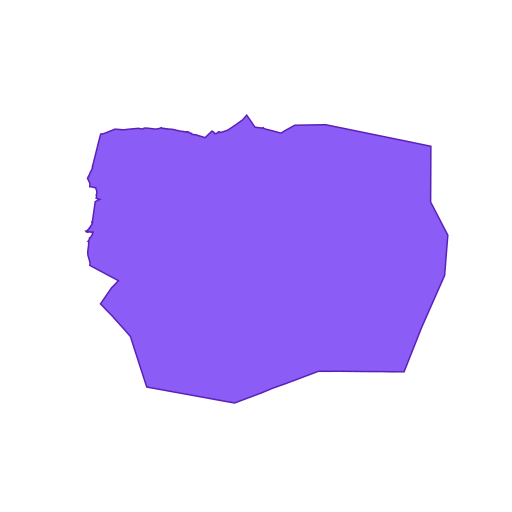 Snåase sma 1, Nord-Trøndelag, Norway, rotated 18°
{"feature_id": "86288312B29366905893457", "entity_name": "Snåase sma 1", "entity_type": "district", "adm_level": 2, "iso_a3": "NOR", "parent_name": "Norway", "parent_adm1": "Nord-Trøndelag", "projection": "orthographic", "projection_center": [12.115, 64.195], "detail": "fine", "context": "isolated", "style": "filled", "palette": "violet", "viewbox_px": 512, "rotation_deg": 18, "n_neighbors": 0, "source": "geoboundaries", "source_scale": "gbopen_adm2", "svg_char_len": 4711}
<svg xmlns="http://www.w3.org/2000/svg" viewBox="0 0 512 512"><g transform="rotate(18 256 256)"><path d="M281.1,402.4L304.7,383.5L312.2,377.0L324.4,367.6L350.9,346.4L359.5,343.6L371.4,339.7L396.6,331.8L411.9,326.9L417.9,325.1L432.6,320.4L435.6,272.8L441.4,216.2L432.0,176.9L405.4,150.7L388.4,97.6L339.3,103.1L281.7,109.6L252.6,119.6L250.9,121.3L245.4,127.2L243.4,129.5L241.8,131.3L240.4,131.5L237.7,131.6L228.7,132.1L226.7,132.3L225.6,132.3L224.1,132.4L223.5,131.8L223.1,131.7L222.7,132.2L222.5,132.4L220.5,132.8L215.2,133.8L210.7,130.3L203.6,124.9L201.7,129.5L201.0,131.0L200.0,132.2L199.4,133.1L196.4,137.2L195.9,137.8L190.2,145.1L184.2,149.5L184.2,149.4L183.4,149.3L183.1,149.1L182.3,149.4L181.7,149.8L181.6,150.0L181.5,150.3L181.3,150.4L181.2,150.6L181.3,150.8L181.2,151.0L180.9,151.4L180.7,151.6L180.4,151.8L179.9,151.9L179.3,152.2L178.8,152.4L178.7,152.3L178.4,152.0L178.4,151.8L177.9,151.6L177.7,151.4L177.3,151.2L177.2,151.1L175.5,150.8L171.0,159.2L166.6,159.2L165.5,159.3L161.3,159.3L157.6,160.1L157.4,159.9L157.2,159.8L157.1,159.7L156.9,159.5L156.7,159.5L156.7,159.4L156.4,159.5L155.9,159.3L155.7,159.3L155.4,159.4L155.0,159.5L154.4,159.6L154.2,159.4L153.9,159.1L153.7,159.0L153.1,158.9L152.7,159.1L152.8,158.9L152.7,158.9L152.5,159.0L152.0,159.1L151.8,159.3L151.6,159.3L151.1,159.5L150.9,159.6L150.6,159.7L149.9,159.9L149.7,159.9L149.5,160.0L149.1,160.0L148.9,159.9L147.7,160.1L146.8,160.4L143.8,160.8L143.3,160.8L141.8,161.0L140.4,161.0L140.1,161.0L139.7,161.1L139.2,161.1L138.9,161.2L137.6,161.3L136.1,161.6L135.6,161.8L135.4,161.9L134.8,162.0L134.5,162.1L133.9,162.1L133.3,162.4L132.8,162.5L132.6,162.6L132.3,162.5L132.1,162.7L131.7,162.6L130.7,162.8L129.9,163.0L129.4,163.0L129.1,163.3L128.8,163.4L128.7,163.4L128.6,163.2L128.3,163.3L127.7,163.5L126.1,163.2L125.3,164.2L121.4,166.3L112.5,168.1L110.1,168.9L109.0,170.3L104.7,170.9L97.2,174.1L91.0,176.9L82.7,178.9L74.0,186.2L72.5,187.1L70.6,188.0L71.1,197.1L71.2,198.2L72.7,219.2L72.6,219.3L72.7,219.6L72.8,219.8L72.8,220.3L72.8,220.7L72.8,220.8L72.8,221.0L72.6,221.3L72.6,221.5L72.8,221.8L72.9,222.1L73.3,222.5L73.5,222.7L73.5,222.8L73.4,223.1L73.2,223.6L73.1,224.0L73.0,224.4L73.0,224.8L73.0,225.2L73.0,225.5L73.0,225.8L72.9,226.1L72.8,226.4L72.8,226.5L72.8,226.8L72.7,226.9L72.8,227.0L72.7,227.2L72.6,227.5L72.6,228.0L72.5,228.4L72.5,228.6L72.6,228.8L72.6,229.0L72.5,229.5L72.4,229.8L72.4,230.0L72.3,230.5L72.2,230.9L72.2,231.1L72.4,231.5L72.2,231.7L72.2,231.9L72.1,232.1L72.0,232.4L72.0,232.5L71.9,233.1L72.0,233.2L72.0,233.4L71.8,233.6L71.8,233.8L71.8,234.1L71.9,234.4L71.9,234.6L72.5,234.9L74.5,237.1L75.1,237.6L75.9,239.3L76.2,240.3L76.3,240.8L76.5,241.5L77.7,241.2L79.2,240.9L80.5,241.0L81.2,241.0L82.5,240.5L83.0,241.5L83.3,242.0L83.5,242.1L84.1,243.0L84.5,243.6L84.9,244.4L85.1,245.3L85.3,246.9L85.5,247.1L85.6,247.3L85.6,247.6L85.4,247.7L85.5,247.8L85.6,248.1L86.0,248.7L86.1,249.1L86.1,249.4L86.1,249.5L86.0,249.8L86.0,250.0L86.0,250.3L86.6,250.3L86.8,250.5L87.1,250.6L89.8,250.4L86.3,254.0L89.7,273.5L89.6,273.8L89.4,274.0L89.5,274.1L89.5,274.3L89.4,274.5L89.5,274.7L89.9,274.7L90.0,275.0L90.3,275.0L90.2,275.4L90.1,275.5L90.2,275.9L90.2,276.0L90.0,276.3L90.1,276.5L90.0,277.2L89.9,277.4L89.9,277.5L89.7,278.0L89.6,278.4L89.6,278.7L89.6,278.9L89.4,279.1L89.4,279.3L89.3,279.5L89.5,279.8L89.3,280.0L89.3,280.4L89.3,280.5L89.2,280.7L89.2,280.8L88.8,280.9L88.7,281.0L88.8,281.3L88.8,281.5L88.7,281.9L88.5,282.1L88.5,282.3L88.4,282.6L88.2,282.9L88.1,283.0L88.3,283.1L88.1,283.4L88.1,283.6L88.0,283.8L87.9,283.9L87.8,284.0L87.9,284.3L87.7,284.2L87.5,284.4L87.4,284.4L87.4,284.5L87.5,284.6L87.4,284.7L87.3,284.8L87.1,284.8L87.2,285.0L86.8,285.1L87.0,285.2L87.0,285.3L87.4,285.3L87.5,285.4L87.6,285.5L88.0,285.5L88.4,285.4L88.4,285.1L88.6,285.2L89.0,284.9L89.4,285.0L89.9,284.7L90.7,284.4L90.9,284.2L91.0,284.3L91.3,284.3L91.6,284.4L91.8,284.3L92.0,284.3L92.0,284.2L92.3,284.1L92.5,284.1L92.8,283.9L93.0,283.7L93.5,283.4L93.7,283.5L93.8,283.6L93.8,283.8L93.5,284.0L93.4,284.1L93.6,284.3L93.6,284.5L93.6,284.8L93.6,285.1L93.6,285.5L93.6,285.8L93.6,286.0L93.6,286.5L93.5,286.8L93.5,287.3L93.4,287.4L93.2,288.4L93.1,288.6L93.0,288.8L93.0,289.0L92.8,289.4L92.8,289.6L92.8,289.8L92.6,290.0L92.4,290.1L92.2,290.2L92.1,290.3L92.2,290.6L92.1,290.8L92.2,291.1L92.2,291.3L92.3,291.4L92.4,291.5L92.4,291.8L92.3,292.1L92.3,292.4L92.2,292.5L92.1,292.9L92.1,293.1L92.1,293.5L91.9,293.7L91.8,293.8L92.2,293.8L92.4,293.9L92.4,294.0L93.4,297.4L94.7,304.1L95.8,307.0L100.5,314.1L100.8,316.3L132.8,322.0L128.7,330.4L128.5,330.7L122.9,349.6L126.4,351.4L130.7,353.8L133.7,355.3L138.4,357.8L141.3,359.6L152.5,366.0L161.5,371.4L169.3,382.3L177.9,394.1L179.3,396.1L192.6,414.4L268.3,404.2L281.1,402.4Z" fill="#8b5cf6" stroke="#5b21b6" stroke-width="1.5"/></g></svg>